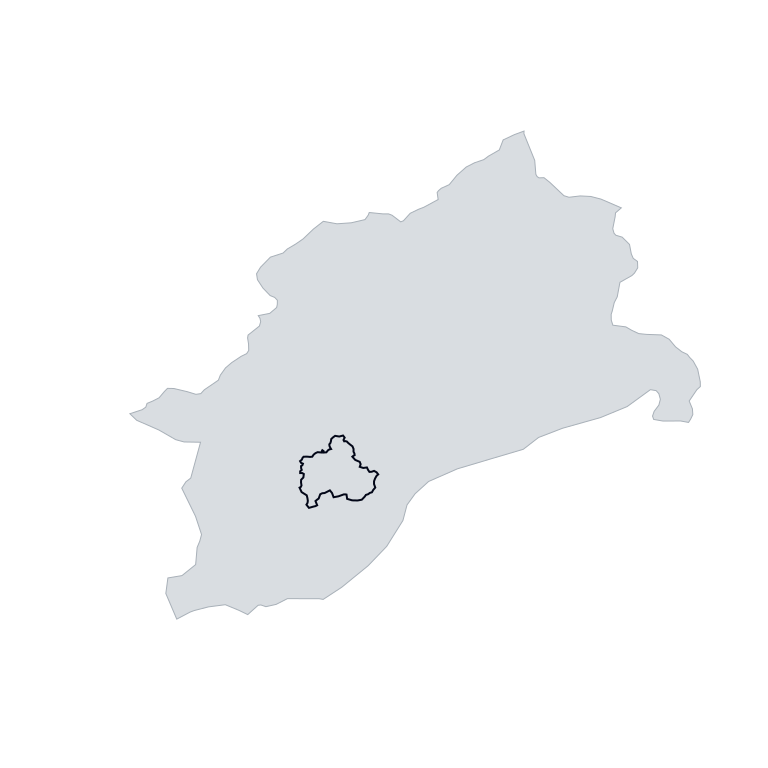 Targovishte highlighted on a map of Bulgaria, rotated 153°
{"feature_id": "BGR-2257", "entity_name": "Targovishte", "entity_type": "Province", "adm_level": 1, "iso_a3": "BGR", "parent_name": "Bulgaria", "parent_adm1": "", "projection": "robinson", "projection_center": [26.357, 43.248], "detail": "fine", "context": "in_parent", "style": "outline", "palette": "ink", "viewbox_px": 768, "rotation_deg": 153, "n_neighbors": 0, "source": "natural_earth", "source_scale": "10m", "svg_char_len": 3692}
<svg xmlns="http://www.w3.org/2000/svg" viewBox="0 0 768 768"><g transform="rotate(153 384 384)"><path d="M623.9,472.9L611.2,470.9L606.8,471.5L603.9,474.3L598.0,473.8L590.7,473.8L583.1,477.0L578.9,478.4L573.3,475.4L562.7,466.4L556.3,460.2L551.6,458.6L546.8,460.4L529.8,462.6L525.8,466.2L517.9,470.3L510.0,472.2L498.6,473.5L492.6,473.4L489.3,475.3L486.5,481.2L484.6,487.0L482.9,489.3L468.7,492.2L465.6,495.5L464.7,498.7L465.0,502.0L453.7,498.8L444.9,500.9L442.9,503.4L441.0,507.0L442.1,510.8L445.3,514.5L448.3,524.4L449.4,534.4L447.5,540.1L441.0,544.1L427.6,548.6L414.5,546.5L408.8,548.2L399.1,548.8L390.2,550.0L376.5,554.1L364.2,556.5L353.2,548.1L340.0,542.5L326.3,539.1L321.4,541.6L319.3,543.5L307.8,536.1L302.7,533.5L300.2,530.7L295.5,520.9L292.6,520.6L283.1,524.2L273.9,524.0L268.4,523.4L252.0,523.8L249.7,530.5L247.7,531.5L244.1,532.4L235.4,532.0L224.2,536.9L212.2,540.0L202.8,540.0L193.2,538.6L187.4,539.6L175.0,540.2L167.0,547.4L154.7,547.0L144.4,545.8L145.7,543.5L148.2,514.8L153.5,501.9L153.4,499.3L152.3,497.3L147.8,495.2L144.7,488.3L138.2,470.1L134.4,466.4L123.8,462.5L114.6,457.2L106.8,450.3L92.6,433.2L100.0,431.4L102.2,428.0L109.7,418.5L110.6,413.9L109.9,411.3L105.1,406.7L101.9,396.9L104.6,387.6L104.9,382.8L102.5,378.1L105.2,372.3L110.5,369.1L113.8,368.1L127.6,367.5L136.6,355.8L141.9,352.0L147.5,345.4L150.0,342.9L152.5,337.8L153.4,332.5L142.6,325.1L139.0,319.5L134.2,313.3L127.7,309.1L114.6,301.8L109.6,294.4L107.4,284.8L104.0,277.5L100.3,272.7L99.6,268.9L98.1,264.1L97.8,254.8L101.2,242.4L103.3,238.1L107.8,236.9L119.8,230.3L120.5,221.8L122.7,216.6L126.6,213.6L130.1,211.5L136.5,216.4L152.2,224.3L159.8,230.0L159.3,233.5L155.7,237.0L148.7,240.4L144.7,244.9L143.5,250.6L144.5,254.5L149.2,258.0L177.6,253.5L206.4,255.8L244.9,263.5L270.5,266.2L289.5,262.6L324.5,269.1L357.1,275.1L388.5,276.9L406.1,272.1L418.4,265.8L429.1,253.8L455.3,238.1L480.6,229.3L513.9,222.1L536.0,219.7L539.2,222.1L567.5,236.6L580.1,236.6L590.3,239.2L594.0,243.0L596.6,244.0L610.1,240.4L616.1,248.3L625.6,259.4L641.6,265.1L655.9,268.3L660.3,268.8L675.4,268.6L673.5,296.4L664.6,309.3L651.0,305.0L633.8,308.6L624.7,323.2L619.5,327.6L614.9,332.7L612.0,351.7L611.5,383.0L604.9,386.8L598.9,387.9L573.9,415.4L588.4,423.1L594.9,429.0L605.6,445.4L620.8,463.9L623.9,472.9Z" fill="#d9dde1" stroke="#a8b0b8" stroke-width="1"/><path d="M469.0,353.0L468.3,351.7L468.8,350.3L466.4,349.3L463.9,350.4L462.3,350.5L460.7,350.1L460.8,351.8L460.7,353.6L460.1,355.1L458.5,355.8L457.2,357.2L456.0,358.9L453.6,359.6L451.1,360.0L447.7,357.5L443.9,356.7L443.4,354.1L445.5,352.5L445.5,351.0L444.3,350.6L443.2,349.6L442.7,347.8L441.6,345.3L440.4,342.8L440.6,340.0L441.9,337.5L441.9,335.5L442.5,333.9L443.9,333.9L445.2,333.6L444.1,329.4L441.0,325.7L441.2,323.2L443.2,321.2L440.6,318.6L437.1,317.4L437.2,314.8L436.9,312.3L434.8,311.4L432.3,311.1L430.7,308.7L430.2,306.1L432.4,305.5L434.8,303.9L437.0,301.9L438.3,299.4L438.8,295.7L441.7,294.5L443.9,293.0L446.1,293.4L448.1,293.0L450.5,293.4L452.3,292.4L456.3,291.0L460.4,292.2L465.2,294.8L469.0,298.4L467.6,302.5L468.7,303.3L470.0,303.9L475.6,304.6L480.3,306.0L479.8,310.5L480.5,313.8L486.4,313.8L488.6,314.7L490.9,314.7L494.2,311.6L496.2,311.3L498.2,310.8L498.6,306.3L500.5,306.3L502.5,306.8L507.1,307.7L507.9,311.7L506.1,312.8L504.9,314.5L504.0,317.2L503.4,319.9L506.5,325.1L506.3,330.0L505.0,330.0L503.6,331.0L502.6,334.0L501.3,336.3L498.3,337.3L496.3,340.2L497.3,341.8L499.1,342.7L498.3,344.3L496.3,344.8L496.1,346.5L495.2,348.5L493.6,348.7L492.4,349.8L493.7,351.4L493.8,353.4L491.5,353.9L490.2,355.1L488.7,355.7L485.7,354.3L483.0,352.6L480.9,351.8L478.8,353.0L476.5,353.5L474.1,353.4L470.6,351.2L469.9,352.4L469.0,353.0Z" fill="none" stroke="#020617" stroke-width="2"/></g></svg>